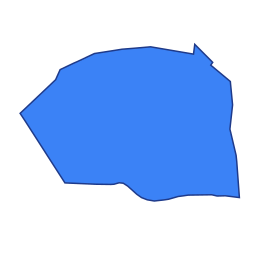 the district of Caldeirão Grande do Piauí, Piauí, Brazil, rotated 85°
{"feature_id": "56859067B90482329140185", "entity_name": "Caldeirão Grande do Piauí", "entity_type": "district", "adm_level": 2, "iso_a3": "BRA", "parent_name": "Brazil", "parent_adm1": "Piauí", "projection": "equal_earth", "projection_center": [-40.609, -7.321], "detail": "fine", "context": "isolated", "style": "filled", "palette": "blue", "viewbox_px": 256, "rotation_deg": 85, "n_neighbors": 0, "source": "geoboundaries", "source_scale": "gbopen_adm2", "svg_char_len": 683}
<svg xmlns="http://www.w3.org/2000/svg" viewBox="0 0 256 256"><g transform="rotate(85 128 128)"><path d="M50.5,54.2L60.1,56.3L49.1,98.4L49.1,103.2L49.1,113.3L49.0,127.1L49.5,134.1L50.9,155.0L57.6,173.2L58.6,176.2L63.9,190.5L73.6,195.9L104.0,234.2L112.9,229.4L142.4,213.9L149.1,210.4L177.2,195.6L181.2,164.9L182.7,150.2L182.8,146.9L181.8,141.6L182.6,137.5L185.8,133.4L194.8,125.0L198.5,120.6L201.2,115.1L203.0,108.2L202.8,98.7L202.5,93.8L200.6,84.0L200.4,79.0L200.1,73.9L201.8,50.4L203.5,45.2L204.0,37.0L207.0,23.1L171.0,22.6L164.6,22.7L141.2,26.1L138.1,26.6L114.1,21.8L92.8,22.0L90.6,22.0L72.6,40.1L70.0,37.9L50.5,54.2Z" fill="#3b82f6" stroke="#1e3a8a" stroke-width="1.5"/></g></svg>